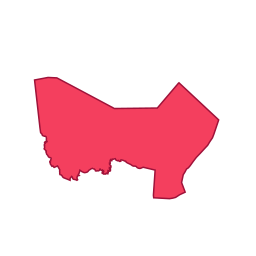 Segamat, Johor, Malaysia, rotated 335°
{"feature_id": "92858781B96897508285102", "entity_name": "Segamat", "entity_type": "district", "adm_level": 2, "iso_a3": "MYS", "parent_name": "Malaysia", "parent_adm1": "Johor", "projection": "robinson", "projection_center": [102.787, 2.5], "detail": "fine", "context": "isolated", "style": "filled", "palette": "rose", "viewbox_px": 256, "rotation_deg": 335, "n_neighbors": 0, "source": "geoboundaries", "source_scale": "gbopen_adm2", "svg_char_len": 3230}
<svg xmlns="http://www.w3.org/2000/svg" viewBox="0 0 256 256"><g transform="rotate(335 128 128)"><path d="M63.6,45.0L48.3,90.6L46.9,95.1L46.9,95.4L47.1,96.2L47.3,96.6L47.4,97.1L47.4,97.7L47.3,98.4L47.6,99.0L48.4,99.7L48.6,100.1L49.1,100.3L49.8,100.7L50.0,101.0L50.0,101.6L49.9,102.1L49.8,102.8L49.4,103.4L49.1,104.1L48.9,104.8L48.9,105.5L48.9,106.1L48.4,106.3L48.0,105.6L47.7,105.4L47.0,105.5L46.3,105.8L46.4,106.3L46.7,106.7L46.6,107.0L46.1,107.1L45.6,107.2L45.4,107.5L44.9,108.0L44.8,108.5L45.0,108.9L44.7,109.3L44.3,109.7L44.2,110.5L43.9,110.9L43.3,111.2L43.2,111.8L43.5,112.2L43.7,112.9L43.9,113.4L44.1,114.0L44.2,114.4L43.9,114.9L43.5,115.0L43.5,115.9L43.2,117.2L43.4,118.0L43.6,118.6L43.7,119.3L43.7,120.3L44.2,121.4L44.6,121.7L45.2,122.1L45.5,122.5L45.4,123.4L44.4,124.3L44.0,125.1L43.5,125.1L43.2,125.1L42.8,125.6L42.7,126.2L43.0,126.5L42.7,127.1L42.4,127.6L42.6,128.5L42.7,129.7L42.9,130.6L43.3,130.6L43.9,130.7L44.2,132.0L44.4,132.5L48.1,132.6L48.5,136.9L48.0,137.8L47.5,138.9L47.2,139.9L46.7,140.7L46.7,141.6L47.6,142.2L48.0,143.3L48.1,144.6L48.5,145.7L53.4,150.9L54.2,149.2L55.6,148.5L56.5,148.1L56.8,149.3L56.5,150.5L56.9,151.4L57.9,152.1L59.3,153.3L59.6,153.8L60.5,153.6L60.5,152.5L60.6,151.7L61.1,151.1L61.9,150.1L62.7,150.2L63.7,150.4L63.3,149.1L64.6,148.3L65.6,147.1L66.6,145.9L67.6,147.8L68.4,148.8L69.1,149.6L69.9,150.2L71.0,150.5L72.3,150.7L73.3,150.5L74.7,149.8L77.5,149.4L78.7,149.5L79.3,150.4L80.2,151.0L80.5,152.0L80.4,153.1L80.9,153.5L81.4,153.6L81.8,153.8L82.3,153.9L82.9,154.3L83.6,154.4L84.1,154.3L84.5,154.1L85.1,153.4L85.4,153.5L85.3,154.0L85.5,154.5L85.8,154.9L86.1,155.3L86.5,155.3L87.1,155.2L87.2,155.5L86.8,155.9L86.7,156.2L86.8,156.6L87.3,156.5L87.5,156.5L87.2,156.9L86.9,157.0L86.9,157.3L87.3,157.4L87.1,157.6L86.8,157.7L86.7,158.0L86.2,157.7L86.0,157.3L85.7,157.5L85.7,157.8L85.5,158.1L85.8,158.5L86.3,158.9L86.4,159.2L86.6,159.6L87.3,159.7L87.6,160.0L87.9,160.2L88.3,160.2L88.8,159.9L89.3,159.9L89.3,160.3L89.5,160.4L89.9,160.0L90.1,160.0L90.4,160.8L90.8,160.3L91.1,160.3L91.4,159.9L91.4,159.4L91.5,158.7L91.9,158.1L92.2,158.4L92.5,158.9L92.8,159.2L93.2,159.4L93.9,159.4L94.2,159.0L94.2,158.6L93.9,157.9L93.9,157.4L94.0,156.7L94.3,156.2L94.7,156.9L94.9,157.3L95.1,156.8L95.0,156.1L95.4,156.1L95.8,156.4L96.1,156.0L96.3,155.6L96.5,154.9L96.3,154.3L96.0,153.8L95.9,153.2L96.3,152.9L96.3,152.3L96.9,152.6L97.2,152.2L97.2,151.4L97.5,151.0L98.2,149.7L98.8,149.4L98.8,149.9L98.7,150.4L99.5,150.8L100.1,150.1L100.5,149.5L101.8,150.2L102.7,150.2L103.5,150.4L103.5,151.1L103.4,151.6L103.9,152.4L104.7,153.3L105.5,153.3L105.8,154.1L106.5,154.9L107.5,155.0L107.8,154.0L108.8,154.2L109.4,154.8L110.4,155.7L110.8,156.4L111.9,157.1L111.9,158.2L112.7,159.4L115.1,162.3L116.1,164.1L116.8,164.8L118.3,165.5L119.2,166.4L119.6,167.8L120.4,168.8L121.7,169.7L123.0,169.9L124.4,169.9L125.2,170.0L134.8,177.6L122.6,199.7L121.8,202.1L135.8,209.6L139.0,210.5L141.8,211.0L146.7,210.3L152.7,210.3L153.5,200.1L158.3,193.7L161.1,191.9L163.7,189.9L165.9,189.6L168.3,188.5L173.1,185.8L177.5,183.5L182.7,181.5L189.5,178.7L192.8,177.4L196.2,175.1L200.4,172.6L203.4,169.7L213.6,159.0L193.3,108.6L192.5,108.8L163.0,122.3L123.9,104.6L84.7,52.5L76.9,48.4L63.6,45.0Z" fill="#f43f5e" stroke="#9f1239" stroke-width="1.5"/></g></svg>